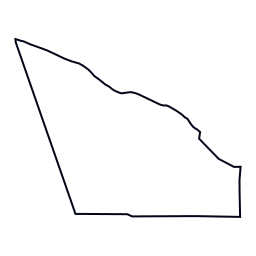 McCracken, Kentucky, United States of America
{"feature_id": "52423323B88387412607829", "entity_name": "McCracken", "entity_type": "district", "adm_level": 2, "iso_a3": "USA", "parent_name": "United States of America", "parent_adm1": "Kentucky", "projection": "natural_earth1", "projection_center": [-88.715, 37.085], "detail": "fine", "context": "isolated", "style": "outline", "palette": "ink", "viewbox_px": 256, "rotation_deg": 0, "n_neighbors": 0, "source": "geoboundaries", "source_scale": "gbopen_adm2", "svg_char_len": 704}
<svg xmlns="http://www.w3.org/2000/svg" viewBox="0 0 256 256"><path d="M15.4,39.1L15.8,42.5L47.3,133.0L71.0,201.0L73.9,209.4L75.4,213.9L127.3,214.2L132.1,216.4L195.4,216.1L240.1,216.9L239.6,192.6L239.5,180.1L240.6,166.8L234.0,166.9L218.7,158.9L199.1,138.7L200.1,132.0L197.4,129.7L193.7,127.4L191.2,124.5L187.4,118.8L185.1,117.5L181.4,114.2L176.3,110.7L169.1,106.5L166.7,105.5L163.0,105.4L159.6,104.4L138.1,94.1L135.0,93.0L130.7,92.1L121.8,93.3L120.2,93.0L115.9,91.3L113.0,89.7L108.9,86.5L105.4,84.6L99.3,79.6L94.0,75.8L92.2,73.5L88.5,69.7L83.2,65.8L79.1,63.5L71.5,61.3L64.4,58.6L47.1,50.4L30.5,44.4L23.4,41.3L21.5,41.0L17.9,39.8L16.0,39.2L15.4,39.1Z" fill="none" stroke="#020617" stroke-width="2"/></svg>